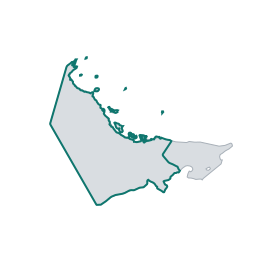 United Arab Emirates, with Abu Dhabi highlighted, rotated 52°
{"feature_id": "ARE-349", "entity_name": "Abu Dhabi", "entity_type": "Emirate", "adm_level": 1, "iso_a3": "ARE", "parent_name": "United Arab Emirates", "parent_adm1": "", "projection": "robinson", "projection_center": [53.623, 23.935], "detail": "fine", "context": "in_parent", "style": "outline", "palette": "teal", "viewbox_px": 256, "rotation_deg": 52, "n_neighbors": 0, "source": "natural_earth", "source_scale": "10m", "svg_char_len": 8126}
<svg xmlns="http://www.w3.org/2000/svg" viewBox="0 0 256 256"><g transform="rotate(52 128 128)"><path d="M211.2,73.4L213.6,76.8L214.1,99.8L214.6,101.5L213.4,101.7L212.0,103.5L210.3,106.2L208.1,107.6L206.3,109.1L204.6,111.1L203.0,111.5L201.0,109.0L199.7,106.5L200.0,105.9L200.9,105.8L201.3,104.5L200.7,102.6L199.4,101.8L197.7,101.8L196.1,102.6L194.3,104.3L193.4,106.1L193.2,109.7L193.7,113.8L193.7,115.8L192.8,118.3L192.4,121.9L193.1,124.7L193.7,126.4L193.8,127.8L192.2,132.3L193.6,133.1L198.3,133.4L199.6,136.4L200.6,138.5L200.3,139.8L197.0,140.7L192.9,141.7L189.9,141.4L184.6,142.8L181.7,144.9L182.6,146.2L183.6,147.2L184.0,150.0L183.2,153.9L181.7,157.8L179.8,162.5L177.6,168.0L174.7,176.3L172.2,182.8L171.9,187.4L172.0,190.5L171.7,196.6L169.3,199.9L168.8,200.0L165.9,199.6L164.9,199.5L162.2,199.1L157.9,198.5L152.4,197.7L145.9,196.8L138.6,195.8L130.9,194.7L122.8,193.5L114.8,192.4L107.0,191.3L99.8,190.3L93.2,189.4L87.7,188.6L83.5,188.0L80.8,187.6L79.8,187.5L76.8,187.0L75.1,184.8L73.1,182.0L71.2,179.3L69.2,176.5L67.2,173.8L65.2,171.1L63.3,168.3L61.3,165.6L59.3,162.8L57.3,160.1L55.4,157.4L53.4,154.6L51.4,151.9L49.4,149.2L47.5,146.4L45.5,143.7L43.5,140.9L42.2,139.1L41.5,137.0L41.4,131.6L41.4,130.4L42.7,128.3L43.3,129.8L44.8,131.9L47.3,131.4L48.5,131.8L49.4,139.3L51.2,141.9L53.5,143.0L61.1,143.6L65.9,142.6L75.3,137.7L80.2,135.9L93.8,136.2L104.7,138.3L121.7,139.5L125.0,139.2L134.2,135.2L139.8,131.8L143.1,130.8L145.3,127.4L146.8,123.1L148.1,120.2L149.7,118.8L151.3,116.4L152.5,112.5L155.7,108.5L168.3,98.9L175.6,90.7L176.3,88.1L180.3,84.1L183.5,79.8L198.4,67.4L201.4,62.3L203.1,56.6L203.3,56.2L204.6,55.9L206.5,56.8L206.7,61.1L206.0,65.1L206.0,69.4L205.7,71.7L207.1,73.6L209.5,74.5L210.5,74.4L211.2,73.4ZM210.8,90.8L211.0,89.0L210.6,88.0L209.0,87.9L208.4,89.4L208.2,91.7L209.3,91.9L210.8,90.8ZM126.3,135.0L126.3,136.4L122.6,136.0L121.6,136.7L118.6,136.3L115.7,135.3L117.7,133.6L122.9,131.6L125.0,133.4L126.3,135.0ZM104.8,131.6L102.2,131.8L99.7,130.2L104.8,128.1L106.2,127.2L107.7,125.2L108.9,126.9L107.6,129.5L106.6,130.7L104.8,131.6ZM145.6,123.9L145.3,124.7L144.3,124.6L141.7,123.9L140.9,122.7L142.5,121.3L143.2,121.2L144.2,122.7L145.6,123.9ZM79.1,130.3L78.5,130.6L77.8,128.4L77.9,127.7L79.5,126.7L80.6,128.5L79.1,130.3Z" fill="#d9dde1" stroke="#a8b0b8" stroke-width="1"/><path d="M193.6,113.4L194.1,114.7L194.2,115.5L193.2,116.5L193.0,117.9L192.5,118.5L192.1,119.1L192.2,119.9L192.6,121.7L192.6,124.0L192.7,124.6L192.9,124.9L193.6,125.4L193.9,125.8L194.0,126.1L193.9,128.2L193.6,128.8L192.3,131.4L192.0,132.1L192.0,132.8L192.5,133.0L194.7,133.5L195.3,133.6L197.3,132.7L198.4,133.2L199.0,134.7L199.4,136.5L200.8,139.0L200.4,139.7L198.1,140.3L193.9,142.1L193.2,142.0L192.3,141.2L191.7,141.3L191.1,141.6L190.5,141.6L189.3,141.4L188.1,141.4L187.1,141.6L186.1,142.0L184.4,143.0L182.9,143.6L181.3,143.9L181.2,144.6L181.5,145.3L182.1,145.9L183.4,146.7L184.0,147.6L184.1,148.8L184.3,152.0L184.1,152.6L182.4,155.2L182.1,155.9L180.9,161.1L180.5,161.9L179.1,163.5L178.4,164.6L178.0,166.0L177.3,170.2L176.5,172.7L173.1,179.1L172.0,183.2L171.9,184.4L172.1,190.5L171.7,196.6L169.3,200.0L168.8,200.1L77.8,187.1L76.9,186.8L76.2,186.1L42.2,139.1L41.7,138.1L41.5,137.1L41.6,133.3L41.4,131.7L42.2,130.5L42.2,128.7L41.6,127.2L42.3,126.3L42.6,127.0L43.4,128.2L43.5,129.0L43.5,131.5L43.7,132.9L44.2,133.3L44.8,132.7L45.1,130.8L45.4,131.3L45.7,132.6L45.9,133.0L46.1,133.1L46.4,133.2L46.7,133.1L46.9,132.9L47.0,132.7L46.8,132.6L47.5,130.8L48.2,130.3L49.0,131.5L49.0,132.4L48.7,135.0L48.7,136.0L49.2,138.1L49.1,139.9L49.2,140.4L49.6,141.2L49.6,141.6L50.0,142.4L50.9,142.6L52.6,142.7L53.0,142.8L53.3,143.0L54.3,143.9L54.6,143.9L54.7,143.7L54.5,143.4L54.4,142.9L55.2,142.8L57.2,142.9L57.5,142.8L58.2,143.4L59.3,143.9L61.1,143.6L61.7,143.8L62.1,143.6L62.5,143.8L63.0,143.5L64.9,143.5L65.5,143.3L66.9,142.3L67.5,142.2L68.7,142.2L69.1,142.1L70.5,140.8L71.6,140.5L72.3,140.2L72.9,139.8L73.3,138.9L74.4,138.4L76.0,136.9L76.7,136.5L77.2,136.4L77.6,136.0L77.8,134.1L78.5,133.6L79.1,133.9L79.7,134.5L81.0,136.4L81.4,136.5L81.7,136.2L82.0,136.0L82.8,136.1L84.3,136.5L85.0,136.6L85.5,136.6L86.7,136.0L87.1,136.0L87.9,136.4L91.0,136.6L92.6,136.0L92.8,135.9L92.9,135.5L93.1,135.5L93.3,135.6L93.6,136.0L94.6,137.0L95.3,137.3L96.7,136.6L97.5,136.9L98.1,137.3L98.7,137.2L98.3,136.9L98.1,136.5L98.0,135.5L98.8,135.3L99.8,135.7L100.6,136.5L101.2,137.2L101.7,138.1L102.0,138.3L104.0,138.4L108.6,137.4L108.9,137.4L109.2,137.6L109.7,138.2L110.1,138.5L110.6,138.6L111.1,138.6L111.6,138.4L112.2,138.9L112.9,139.2L113.5,140.1L113.8,140.4L114.1,140.4L114.9,140.4L115.5,140.0L116.5,140.4L118.2,139.5L119.2,139.8L123.6,139.8L124.5,139.7L124.9,139.3L127.1,138.1L129.4,137.7L130.1,137.3L130.8,137.1L131.8,136.6L133.3,136.4L134.4,135.5L135.0,134.8L135.2,134.2L135.6,133.9L138.0,133.2L139.9,131.7L140.2,131.6L140.5,131.1L141.2,131.1L142.6,131.8L142.9,131.3L144.2,130.2L144.9,129.2L146.3,126.2L146.1,125.1L146.2,124.6L146.8,124.3L146.3,124.0L146.3,123.7L146.9,123.8L147.8,124.2L148.3,124.3L148.1,123.8L147.4,123.1L147.3,122.6L148.9,123.3L149.3,123.7L149.5,123.7L149.4,122.6L148.7,122.3L147.8,122.2L146.8,122.0L144.7,120.5L143.9,120.3L143.9,120.0L144.3,119.9L144.7,119.6L145.1,119.1L145.3,119.7L145.6,120.0L145.5,119.6L145.6,119.2L146.1,118.6L146.3,118.6L146.6,119.7L147.3,120.9L148.2,121.6L149.0,121.4L148.3,120.8L148.7,120.9L149.5,121.1L149.8,121.1L150.2,120.4L150.4,120.3L151.7,117.4L151.1,117.1L150.9,116.8L151.0,116.4L151.6,116.3L152.0,116.0L152.1,115.5L152.3,114.9L153.0,114.6L153.0,114.3L152.6,114.1L152.2,112.6L152.4,112.3L151.9,111.8L152.0,111.1L152.3,110.7L153.7,109.7L154.1,109.0L154.3,108.8L155.4,109.4L155.9,109.3L156.5,108.9L156.6,108.3L156.2,107.7L160.1,105.3L161.8,103.9L162.9,102.8L163.6,102.3L165.0,101.9L165.3,102.3L169.8,115.8L170.1,116.6L170.6,117.2L171.3,117.4L172.0,117.5L179.6,117.2L180.6,117.0L181.7,116.5L184.1,115.1L188.1,113.3L188.9,112.8L191.7,113.5L193.2,113.5L193.6,113.4ZM117.5,135.9L115.9,135.7L115.5,135.5L115.5,135.2L116.0,134.6L116.5,134.3L117.7,133.8L118.4,133.1L118.9,132.8L119.5,132.6L119.8,132.6L120.6,132.9L120.8,132.8L121.7,132.0L123.1,131.4L123.4,130.9L123.6,131.4L123.4,131.8L123.9,132.6L125.0,133.3L126.2,133.6L127.2,134.0L127.6,135.2L127.1,136.1L126.0,136.6L124.7,136.5L123.6,136.0L123.7,135.7L123.4,135.1L123.0,135.0L122.6,135.8L122.9,136.0L121.9,136.7L120.7,137.0L119.6,136.8L117.5,135.9ZM104.5,131.4L104.0,130.8L103.5,130.7L102.8,130.3L102.4,131.0L100.6,130.7L99.6,130.9L99.5,130.6L99.5,130.4L99.8,129.8L99.9,129.7L101.2,130.0L101.6,130.0L102.5,129.5L102.9,129.2L104.7,128.4L105.0,128.4L105.4,129.0L105.7,129.2L106.1,129.1L106.1,128.6L106.1,128.2L105.9,127.7L107.2,125.6L107.9,125.1L108.1,126.0L109.0,126.5L108.7,128.1L108.3,128.7L106.8,129.4L106.2,129.8L105.3,129.9L104.8,130.3L104.8,130.8L104.5,131.4ZM77.0,128.7L78.0,127.3L78.9,126.8L79.7,127.1L80.1,127.7L80.3,128.8L80.2,129.5L79.5,130.5L78.2,131.8L77.7,131.3L76.9,129.6L77.0,128.7ZM144.3,124.6L140.9,123.5L140.9,122.8L142.3,121.4L142.9,120.6L143.1,120.6L142.9,121.4L143.1,122.2L143.8,122.7L145.1,123.5L145.7,124.2L145.8,124.6L145.3,124.8L144.3,124.6ZM135.7,132.9L135.4,132.2L134.6,131.8L133.7,131.5L132.9,131.0L132.5,130.0L133.0,129.1L133.8,128.7L134.3,129.2L135.6,130.8L136.0,131.8L135.7,132.9ZM138.4,130.1L138.1,130.4L137.5,130.6L137.1,130.6L136.8,130.5L136.2,129.7L135.4,129.2L135.5,128.3L135.8,127.9L136.2,127.6L136.7,127.4L137.2,127.5L137.9,128.8L138.7,129.7L138.4,130.1ZM68.1,119.9L68.9,120.4L69.1,121.4L68.6,122.3L68.2,122.5L67.7,122.2L67.1,121.6L67.1,121.1L67.7,120.1L68.1,119.9ZM140.6,126.8L140.9,127.2L140.9,127.8L140.6,129.0L140.0,129.3L139.0,127.5L138.9,127.2L139.1,127.1L139.5,127.2L140.1,127.6L140.1,127.4L140.0,127.1L139.5,126.7L139.4,126.3L139.8,126.3L140.6,126.8ZM136.4,90.2L137.1,90.4L137.4,91.9L137.0,91.6L136.5,91.6L135.9,90.9L136.4,90.2ZM57.1,131.8L57.5,131.6L57.8,132.1L57.7,132.4L57.8,132.6L57.5,133.2L57.2,133.6L56.7,133.2L56.8,132.9L56.8,132.5L57.1,131.8ZM95.1,105.0L95.7,105.2L95.9,105.9L95.7,106.7L95.5,106.3L95.2,105.9L95.0,105.4L95.1,105.0ZM47.0,117.0L47.4,117.3L47.6,117.7L47.2,118.8L47.0,118.6L47.0,118.0L47.1,117.8L46.9,117.5L46.8,117.8L46.6,117.6L46.6,117.2L46.8,117.0L47.0,117.0Z" fill="none" stroke="#0f766e" stroke-width="2"/></g></svg>